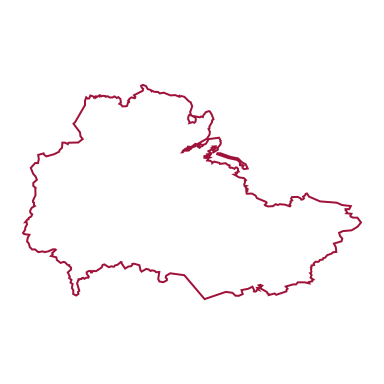 Ballina Lea-6, Mayo, Ireland
{"feature_id": "5873133B94480778200635", "entity_name": "Ballina Lea-6", "entity_type": "district", "adm_level": 2, "iso_a3": "IRL", "parent_name": "Ireland", "parent_adm1": "Mayo", "projection": "robinson", "projection_center": [-9.261, 54.165], "detail": "fine", "context": "isolated", "style": "outline", "palette": "rose", "viewbox_px": 384, "rotation_deg": 0, "n_neighbors": 0, "source": "geoboundaries", "source_scale": "gbopen_adm2", "svg_char_len": 5956}
<svg xmlns="http://www.w3.org/2000/svg" viewBox="0 0 384 384"><path d="M73.2,294.0L76.2,295.5L78.4,293.9L78.0,291.9L79.3,290.8L77.1,283.4L78.3,280.1L79.0,279.8L78.8,279.2L81.5,279.0L81.8,278.2L83.2,277.8L84.4,278.8L86.3,277.7L88.4,277.7L88.8,276.6L86.7,273.7L86.7,272.2L88.3,271.2L90.8,270.9L91.1,272.5L92.0,272.4L93.1,270.9L96.0,271.2L101.6,267.5L102.6,265.0L104.3,264.4L108.8,267.2L111.2,266.3L113.8,266.8L115.1,265.4L117.5,264.8L120.9,262.0L121.5,262.1L121.7,263.5L125.1,268.5L128.5,266.5L131.1,266.2L132.3,264.9L132.3,264.0L133.9,263.7L139.4,265.2L140.5,270.2L141.6,271.6L146.3,268.9L148.7,269.5L150.6,271.0L151.9,270.3L154.7,270.9L156.1,272.2L159.3,272.0L158.2,279.0L159.4,281.5L163.3,282.2L166.8,280.4L167.0,279.0L165.7,277.6L166.2,275.7L170.3,273.3L184.3,275.2L204.6,299.1L225.8,291.9L232.4,292.8L235.5,295.7L238.8,295.8L242.7,294.1L241.5,290.1L248.2,288.8L252.4,286.7L254.1,290.0L253.9,291.4L255.5,291.6L256.4,291.1L257.3,289.1L258.6,289.7L257.3,287.9L259.5,288.0L259.9,286.6L258.7,285.3L260.3,284.8L262.2,285.7L260.9,286.9L260.9,288.6L266.8,291.9L267.5,293.5L268.6,293.8L268.7,295.1L274.6,293.5L276.2,294.8L286.4,291.4L286.4,290.1L287.6,288.8L285.8,286.5L293.2,284.4L296.0,284.4L297.9,282.3L304.6,282.3L309.4,283.4L308.9,282.0L312.2,281.3L312.2,280.2L313.4,279.6L310.6,277.7L311.6,274.9L310.2,273.2L310.9,273.0L311.4,271.8L311.0,269.1L311.4,268.2L310.9,267.4L311.6,266.6L311.5,265.5L314.1,265.0L313.7,263.4L315.5,261.7L317.9,261.9L319.0,261.4L319.8,260.0L322.8,259.5L323.3,258.1L325.1,257.7L327.3,255.1L331.2,253.8L333.3,252.2L336.3,251.9L335.8,247.2L333.9,243.6L341.5,241.3L342.3,238.7L340.0,235.8L339.1,232.8L342.9,231.1L351.6,230.3L357.6,226.7L361.0,222.5L357.4,217.7L353.1,217.6L350.7,216.6L350.3,215.8L351.4,213.8L346.4,213.2L347.0,212.5L346.4,210.7L345.6,210.4L345.5,209.1L349.3,209.1L350.8,206.1L342.0,205.0L336.7,202.7L320.1,201.4L309.0,196.6L307.0,193.5L305.7,193.8L304.9,195.6L303.1,196.6L304.0,198.4L302.6,199.5L301.2,199.6L300.7,198.5L297.7,196.9L291.9,197.1L291.1,198.7L292.2,200.4L290.5,201.4L290.8,202.7L289.7,204.4L290.2,205.4L289.5,205.5L290.3,206.0L289.9,206.4L285.1,204.7L279.8,204.2L277.8,205.0L275.7,204.2L272.9,206.2L267.9,206.4L265.4,205.5L264.8,204.9L266.6,203.0L266.3,202.0L256.9,198.1L255.6,195.6L252.0,193.6L246.8,193.7L246.3,191.7L247.2,191.0L245.6,189.4L247.3,190.1L247.7,189.1L245.8,187.9L246.1,187.1L245.2,186.5L246.0,186.0L244.7,185.9L244.2,184.3L245.2,181.9L244.8,180.7L245.9,180.1L243.9,178.1L239.2,177.4L234.2,174.6L236.1,174.3L236.9,173.5L236.0,172.6L238.7,171.6L237.9,170.4L238.0,168.8L236.9,167.6L235.8,167.4L234.4,168.8L231.8,167.6L230.6,167.9L229.5,167.3L229.6,165.3L228.1,165.1L225.6,163.2L219.9,163.9L219.4,162.9L214.1,161.6L212.3,163.1L212.2,162.1L210.2,160.8L207.2,160.5L208.8,157.9L209.9,157.5L208.7,157.1L209.0,156.5L206.2,158.0L204.4,157.8L204.4,156.2L205.6,156.2L205.4,155.5L206.0,156.4L207.5,155.9L206.7,155.4L207.8,155.0L207.5,154.3L208.7,154.5L207.9,155.4L208.7,156.1L210.2,155.2L211.4,153.2L210.4,153.1L210.2,153.8L208.7,154.2L210.1,152.4L209.0,151.0L207.5,151.6L211.3,149.7L211.9,149.0L211.5,148.1L214.6,147.2L213.5,146.5L215.8,146.3L215.7,147.6L216.1,147.7L213.0,150.4L213.6,152.2L217.9,149.6L217.8,147.7L220.3,144.7L220.9,142.8L220.3,141.3L220.7,140.7L219.0,137.7L208.7,139.1L206.0,143.7L203.3,144.9L202.4,146.1L199.9,146.7L200.3,147.0L199.6,147.8L197.9,146.7L198.7,145.7L195.6,145.2L195.3,146.3L191.8,147.6L190.9,148.9L190.4,149.1L190.2,147.8L189.3,148.1L188.4,149.0L189.0,150.3L188.5,150.6L184.1,150.7L182.9,152.2L182.1,152.3L183.5,150.1L187.0,149.4L185.9,148.6L187.8,147.8L187.9,146.7L191.5,146.9L195.4,143.8L197.7,144.7L200.6,144.2L198.6,143.4L206.9,138.7L209.5,134.7L209.9,131.7L208.5,128.9L209.5,128.2L209.4,126.5L211.9,122.4L212.1,120.4L213.5,119.2L211.7,114.5L209.8,111.4L208.9,111.1L205.8,112.2L203.2,115.6L202.8,117.1L201.1,116.5L200.0,117.3L191.9,115.8L195.4,117.6L195.9,119.3L195.4,121.8L194.3,122.8L192.6,122.1L189.3,123.1L189.6,122.1L188.1,119.1L188.4,116.4L189.3,114.9L191.1,115.4L190.1,111.9L191.1,110.0L191.6,110.2L191.0,109.9L192.2,106.2L190.6,102.2L188.9,101.3L184.3,96.8L181.0,96.0L179.7,96.7L179.3,95.8L178.4,96.4L175.3,95.1L170.5,95.4L163.8,92.7L159.7,93.4L158.2,92.0L154.3,91.8L152.2,90.8L151.5,91.3L150.8,90.0L147.7,89.1L146.0,86.1L142.9,84.9L141.1,85.8L141.7,87.6L143.2,88.9L142.7,90.8L134.0,95.2L135.4,97.1L134.8,98.2L131.4,97.4L129.3,99.0L128.1,100.8L129.1,101.4L129.1,102.1L127.9,102.9L127.1,105.8L125.7,106.3L122.3,106.3L120.9,104.4L119.4,103.8L120.9,102.4L120.4,99.0L118.3,97.1L116.8,98.0L114.5,96.4L112.3,97.5L109.4,97.4L107.8,96.3L105.6,96.7L105.4,96.1L102.6,95.8L101.2,96.3L100.5,95.6L99.9,96.3L99.4,95.4L95.5,97.8L95.5,96.5L93.9,97.5L93.6,96.6L90.4,95.5L89.2,98.4L87.7,98.6L86.2,97.3L85.0,100.8L85.0,105.1L75.1,122.2L73.5,123.7L80.0,132.4L80.5,136.3L82.7,139.0L78.3,142.5L69.0,142.7L68.0,143.2L67.8,144.1L65.1,142.7L62.4,142.6L62.0,147.8L59.7,150.0L59.0,151.8L54.1,154.2L46.4,156.4L44.1,154.7L43.6,153.4L38.2,154.9L38.8,159.1L38.0,163.1L35.2,163.0L30.8,167.9L33.2,173.8L35.6,176.5L36.9,179.8L33.3,182.9L33.3,185.9L35.7,188.0L35.3,188.6L35.5,195.2L32.9,200.8L33.1,202.2L33.9,202.5L34.0,205.4L34.8,206.0L31.7,207.8L30.3,210.4L30.1,211.8L30.7,213.2L32.2,214.3L31.3,216.4L28.7,218.0L28.5,219.3L27.4,219.5L25.2,222.2L26.6,222.1L27.0,224.4L25.3,227.6L25.1,229.8L23.0,233.0L24.2,234.1L29.4,234.8L27.7,237.8L27.1,241.6L28.8,243.4L29.8,247.1L32.2,249.5L35.0,249.4L38.3,252.1L42.8,251.4L44.6,252.1L48.2,251.4L52.9,249.3L55.2,249.3L55.8,249.8L52.2,253.1L52.7,254.4L51.0,256.0L56.3,257.3L56.9,260.0L60.6,262.9L63.7,261.9L64.9,262.2L67.5,264.8L69.2,265.2L69.0,265.8L71.0,267.5L71.1,269.4L67.8,272.4L69.8,276.6L69.1,277.9L71.5,279.9L70.5,282.6L72.6,284.0L71.9,288.0L73.3,290.2L73.2,294.0ZM244.0,169.1L247.7,168.5L245.7,164.3L242.1,162.4L238.0,158.4L230.6,156.9L220.5,153.3L217.5,153.2L217.1,154.2L228.4,158.1L237.0,159.9L239.8,162.1L240.0,165.2L240.4,165.3L240.7,164.2L243.5,165.7L242.4,166.8L242.6,167.9L244.0,169.1Z" fill="none" stroke="#9f1239" stroke-width="2"/></svg>